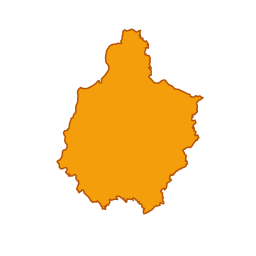 outline of Dak Rlap, Đắk Nông, Vietnam, rotated 145°
{"feature_id": "81297802B2917427008212", "entity_name": "Dak Rlap", "entity_type": "district", "adm_level": 2, "iso_a3": "VNM", "parent_name": "Vietnam", "parent_adm1": "Đắk Nông", "projection": "albers", "projection_center": [107.508, 11.9], "detail": "fine", "context": "isolated", "style": "filled", "palette": "amber", "viewbox_px": 256, "rotation_deg": 145, "n_neighbors": 0, "source": "geoboundaries", "source_scale": "gbopen_adm2", "svg_char_len": 5711}
<svg xmlns="http://www.w3.org/2000/svg" viewBox="0 0 256 256"><g transform="rotate(145 128 128)"><path d="M206.7,135.4L206.5,135.0L206.6,133.4L206.5,133.2L204.7,132.0L203.0,131.9L202.4,131.5L201.8,131.4L201.4,131.0L201.3,130.6L201.4,129.3L201.9,128.6L204.5,127.5L204.0,124.8L202.6,123.7L202.6,123.4L202.8,123.2L204.0,123.1L204.1,122.6L203.1,121.9L202.3,121.8L201.6,120.9L201.1,120.6L198.9,120.6L197.9,119.7L197.9,119.1L198.4,117.9L199.4,116.9L199.7,116.2L199.7,114.0L199.0,113.5L198.9,113.1L199.8,112.3L199.8,110.8L200.3,110.4L201.4,110.1L202.2,109.2L203.5,108.6L205.1,107.3L205.2,106.9L204.6,105.6L205.1,104.7L205.2,103.2L204.8,103.1L204.3,103.5L203.8,103.5L202.8,102.8L201.1,103.7L200.5,103.0L200.3,101.5L201.3,99.6L200.9,98.9L200.6,97.6L200.6,96.4L200.0,94.7L199.9,91.1L200.4,90.0L199.8,89.1L199.7,87.8L199.5,87.3L197.7,86.7L196.5,85.5L196.0,85.4L195.2,85.8L194.7,85.7L194.5,83.0L194.1,81.3L194.8,80.1L194.8,79.5L194.3,78.5L195.2,76.7L195.1,76.1L194.1,75.8L193.4,74.6L193.0,74.4L192.5,75.1L192.3,77.2L191.8,77.1L191.2,76.2L190.7,76.2L190.2,77.0L189.6,77.2L188.4,76.2L187.8,76.3L185.5,77.5L184.2,80.0L183.7,80.0L182.9,78.3L180.6,77.7L178.4,76.4L177.7,75.5L177.4,75.6L177.4,75.9L177.5,77.9L177.0,78.4L175.9,78.3L175.2,77.3L174.2,77.0L173.8,75.1L173.2,74.4L173.2,73.1L172.9,72.8L171.9,72.7L172.1,72.0L172.7,71.4L172.6,70.9L171.8,70.3L172.4,69.4L172.1,68.3L171.6,68.2L170.4,69.3L170.1,70.0L169.5,70.2L169.0,70.0L165.8,67.4L165.2,66.1L164.5,67.5L164.1,67.7L163.6,67.4L162.8,65.7L162.9,64.6L162.3,64.1L162.2,63.6L162.5,61.6L161.4,61.4L161.2,61.1L162.2,60.0L162.3,59.4L162.1,59.1L161.0,58.6L160.8,57.2L160.9,56.7L161.7,55.9L161.8,54.4L161.6,53.9L160.7,52.9L160.7,52.6L161.1,52.2L162.6,51.8L163.3,50.5L164.0,49.8L164.1,48.7L162.9,48.1L159.0,47.5L154.3,47.4L151.3,48.3L150.3,48.4L149.8,47.9L146.1,46.4L145.5,47.4L144.5,48.3L142.7,45.8L142.2,45.6L141.6,46.1L141.3,46.9L141.0,49.2L140.3,49.9L139.5,50.3L139.4,50.8L138.8,51.3L138.8,52.6L138.5,53.2L137.4,54.3L137.2,55.3L137.7,57.3L137.6,57.6L136.8,57.4L135.1,58.3L134.2,58.2L133.8,58.1L133.6,57.7L132.7,57.4L133.2,56.5L132.3,56.5L131.6,56.7L129.9,57.9L129.1,58.7L128.1,60.4L123.5,60.3L122.7,60.7L122.3,60.6L122.3,61.5L123.0,62.1L123.1,62.7L120.1,65.2L119.3,64.9L119.2,64.1L117.6,63.5L117.1,63.7L116.6,64.6L115.1,64.3L114.0,64.9L111.6,64.6L110.5,65.1L110.1,64.8L109.0,64.7L108.2,64.1L106.6,64.4L105.4,63.8L102.8,63.5L102.4,63.6L101.5,64.4L99.9,64.6L99.8,65.4L98.8,66.6L98.9,67.4L99.7,67.8L99.8,68.1L99.0,69.1L98.3,69.4L98.2,70.3L96.4,71.4L96.2,72.5L96.6,73.8L96.0,76.4L96.0,77.9L95.8,78.3L95.2,78.5L93.4,78.2L92.3,78.4L90.3,77.9L89.1,77.5L88.2,76.2L86.5,76.4L82.5,78.0L82.1,78.0L81.8,78.3L80.1,78.6L79.6,79.1L78.7,78.5L77.9,79.0L77.7,78.6L76.7,79.4L75.8,79.3L75.4,79.8L75.7,80.6L75.0,81.5L75.0,82.1L75.5,82.7L77.0,82.9L77.3,83.5L76.9,84.3L75.2,85.2L74.5,86.1L74.5,86.5L75.1,86.8L75.4,88.3L73.9,89.5L73.8,90.3L75.2,90.7L75.3,91.1L74.9,91.4L73.8,91.6L73.3,92.7L72.3,92.8L71.4,93.3L69.9,93.0L69.3,93.5L68.8,95.9L69.3,96.3L70.5,96.6L71.0,96.9L71.3,97.5L71.1,98.1L70.3,99.0L70.1,99.6L69.5,100.0L68.3,99.8L68.2,100.0L68.2,101.4L67.7,102.0L67.1,102.0L66.3,101.0L65.7,100.7L65.2,100.8L64.5,101.5L63.4,101.2L61.9,101.6L61.3,102.3L61.3,103.8L60.3,104.1L59.4,105.0L59.1,105.9L58.4,106.6L58.1,108.4L57.8,109.0L57.2,109.3L54.7,110.0L53.6,110.0L52.1,109.6L50.9,109.8L49.9,109.7L49.3,110.0L50.4,111.3L50.4,112.2L50.9,113.0L51.5,113.4L52.9,113.6L53.2,113.9L53.4,115.0L54.1,115.5L56.0,115.5L56.8,115.8L57.8,116.7L58.2,117.8L58.8,118.2L58.2,119.4L58.4,120.5L59.2,121.1L59.7,121.9L64.2,130.2L67.3,133.3L67.3,134.4L67.7,135.2L67.7,136.9L69.4,139.5L70.0,141.5L70.1,145.5L70.5,146.4L72.9,147.4L77.2,147.2L78.1,148.1L79.2,148.4L80.0,149.6L80.8,150.4L80.7,151.0L81.0,154.6L81.5,156.3L81.3,158.4L80.8,158.7L79.0,158.1L78.5,158.3L77.9,159.3L76.2,161.7L75.7,162.9L76.3,163.9L76.6,164.9L76.5,165.5L76.2,165.6L75.9,165.5L74.9,163.9L74.5,164.0L74.5,165.6L74.1,166.9L74.0,168.1L72.8,168.6L71.6,169.8L71.4,170.4L71.6,171.4L71.4,171.6L70.3,171.7L69.9,172.2L69.6,173.2L69.3,174.8L69.5,175.5L71.1,176.8L71.2,177.3L70.9,178.1L71.9,178.7L71.8,179.1L70.8,180.6L68.4,182.2L67.6,183.6L67.0,183.4L65.7,181.9L65.4,182.0L64.9,182.4L64.6,182.9L64.5,183.7L63.9,184.2L64.6,184.5L64.7,184.8L63.6,185.0L63.3,185.3L63.3,186.7L63.0,188.3L63.0,188.7L64.3,188.9L65.1,190.5L65.4,192.2L64.5,192.6L64.4,192.9L65.6,193.8L66.4,195.0L65.4,195.1L65.2,195.5L65.7,197.2L64.7,197.1L64.3,198.3L63.5,199.1L63.2,199.8L61.9,200.7L63.5,201.4L65.5,201.5L66.3,202.1L66.9,204.2L68.0,206.5L69.9,207.3L71.6,207.5L73.5,208.3L73.9,208.7L74.1,210.0L75.3,210.4L76.0,210.3L76.6,210.0L78.7,207.5L80.2,206.4L81.7,204.3L84.0,203.3L84.3,202.9L84.3,201.4L84.6,201.2L85.2,201.2L86.1,201.7L86.5,202.2L87.8,203.3L89.0,203.3L92.5,205.2L94.0,205.6L96.3,205.6L98.1,204.8L100.8,203.8L101.6,203.2L106.2,198.3L108.1,195.0L108.4,194.0L108.1,191.2L108.3,190.1L108.6,189.2L109.9,187.3L111.4,186.3L116.8,184.3L121.2,183.5L121.9,183.0L122.9,181.4L123.8,180.6L124.5,180.6L125.3,181.2L125.3,181.7L124.6,183.2L124.6,183.5L125.0,183.7L126.0,183.7L129.2,182.9L135.1,183.0L136.2,183.6L137.2,183.4L139.7,184.2L141.4,185.5L142.1,186.3L142.9,186.7L143.2,188.0L143.5,188.3L145.8,188.2L148.0,187.2L149.3,185.6L149.8,184.1L151.3,181.9L152.5,180.7L153.1,179.6L154.8,177.8L157.4,176.3L158.4,175.4L161.8,170.8L163.1,170.6L165.4,169.7L167.2,167.9L168.7,168.5L169.3,168.3L171.0,166.8L173.7,164.8L176.5,161.6L178.0,161.7L178.9,160.8L181.1,162.0L183.1,161.5L183.8,160.5L184.3,158.8L184.2,156.9L186.6,154.5L187.3,153.4L187.7,151.3L187.4,149.4L188.7,147.4L189.6,146.7L191.4,146.0L193.7,146.8L194.8,146.5L197.7,143.3L199.2,142.1L200.2,141.7L202.5,141.0L204.4,141.5L205.0,141.3L205.5,140.5L205.1,138.0L205.6,136.8L206.7,135.4Z" fill="#f59e0b" stroke="#b45309" stroke-width="1.5"/></g></svg>